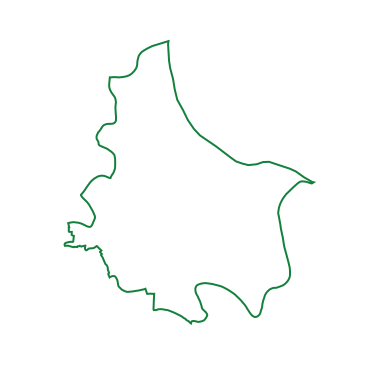 the district of Thai Thuy, Thái Bình, Vietnam, rotated 298°
{"feature_id": "81297802B86878375688696", "entity_name": "Thai Thuy", "entity_type": "district", "adm_level": 2, "iso_a3": "VNM", "parent_name": "Vietnam", "parent_adm1": "Thái Bình", "projection": "natural_earth1", "projection_center": [106.487, 20.541], "detail": "fine", "context": "isolated", "style": "outline", "palette": "green", "viewbox_px": 384, "rotation_deg": 298, "n_neighbors": 0, "source": "geoboundaries", "source_scale": "gbopen_adm2", "svg_char_len": 5767}
<svg xmlns="http://www.w3.org/2000/svg" viewBox="0 0 384 384"><g transform="rotate(298 192 192)"><path d="M75.5,252.8L76.5,252.5L77.0,252.5L77.6,252.5L78.0,252.8L78.4,253.3L78.8,253.9L79.1,254.5L79.5,255.7L80.1,258.2L80.4,258.8L80.8,259.4L81.8,260.6L82.9,261.7L83.9,262.5L84.3,262.8L84.8,263.0L85.5,263.2L87.9,263.5L89.9,263.4L90.4,263.3L90.8,263.0L91.2,262.6L91.5,262.1L92.1,261.2L92.4,260.4L93.3,257.2L93.6,256.3L93.9,255.7L94.8,254.7L95.8,254.0L97.2,252.5L98.9,250.8L100.3,249.0L100.8,248.2L102.4,246.3L103.6,244.3L104.4,243.2L104.9,242.7L106.0,241.7L107.4,240.8L108.1,240.4L108.7,240.2L109.2,240.1L110.1,240.0L110.6,240.0L111.2,240.0L111.8,240.2L112.3,240.4L113.9,241.6L115.5,243.2L116.7,244.8L117.7,246.3L118.6,248.4L119.1,249.8L119.8,251.7L120.0,252.3L120.7,254.6L120.9,255.7L121.7,258.8L122.4,262.1L122.5,263.2L122.6,265.6L122.6,268.5L122.4,272.0L122.0,275.8L121.8,277.0L121.5,278.7L121.1,279.8L120.7,281.4L120.0,283.9L119.6,285.0L119.2,286.5L118.6,287.7L117.6,290.4L116.8,292.2L116.5,292.8L115.7,294.3L114.7,295.8L113.8,297.5L112.4,300.0L111.7,301.6L111.2,302.9L111.0,303.8L111.0,304.9L111.0,305.5L111.2,306.2L111.6,306.9L111.9,307.3L112.4,307.8L113.0,308.3L113.6,308.5L115.0,309.1L115.6,309.2L116.3,309.2L117.0,309.2L117.6,309.0L120.1,308.5L121.4,308.3L122.5,308.1L123.4,307.9L126.3,306.7L129.0,306.0L130.8,305.6L131.9,305.5L134.4,305.0L135.3,304.9L136.2,304.9L138.0,305.0L139.4,305.3L140.4,305.6L142.1,306.2L142.8,306.6L144.5,307.9L145.6,309.0L146.0,309.7L147.0,311.4L149.0,313.3L151.4,315.4L152.4,316.2L153.6,316.8L154.9,317.4L156.9,318.0L158.5,318.3L159.9,318.4L162.0,318.3L162.9,318.1L164.0,317.8L165.5,317.1L168.3,315.6L170.3,314.3L171.7,313.3L175.3,310.1L181.0,304.8L186.1,300.0L187.7,298.6L195.0,293.1L196.1,292.1L201.5,287.6L205.5,284.7L212.0,279.5L213.3,278.4L214.5,277.7L218.8,276.2L221.3,275.7L223.4,275.4L227.0,275.3L229.0,275.4L231.4,275.7L234.4,276.2L239.0,277.7L244.6,279.5L249.1,281.2L251.1,282.2L252.2,283.0L252.9,284.0L253.6,285.3L254.2,286.8L254.9,289.3L255.5,292.9L255.8,293.8L257.7,294.9L257.3,293.3L257.6,283.9L258.9,274.0L258.5,267.4L254.8,245.8L251.8,240.7L246.8,236.0L242.2,229.1L240.8,223.5L239.7,216.6L240.5,210.5L243.6,191.6L245.7,172.5L248.6,164.1L253.5,154.7L260.1,145.6L266.5,135.7L274.6,128.5L282.9,122.2L291.1,114.6L297.3,110.0L311.4,101.4L314.2,100.4L302.3,88.5L299.6,86.5L297.0,84.7L294.1,83.0L292.3,82.0L290.6,81.5L288.9,81.2L286.8,81.1L285.6,81.4L283.6,81.9L281.6,82.5L278.5,83.9L277.0,84.3L275.2,84.6L272.9,84.4L271.2,84.1L268.8,83.4L266.0,82.1L263.6,80.1L262.9,79.2L261.6,77.7L260.4,76.0L258.9,73.7L257.2,69.9L256.1,68.0L255.2,66.7L254.7,65.6L250.1,67.5L247.2,68.8L245.4,70.0L243.9,71.5L242.1,74.0L239.6,79.1L238.5,80.4L237.3,81.5L235.5,82.7L230.8,84.6L225.4,87.9L221.9,90.1L219.1,91.4L217.9,91.4L216.7,91.1L215.8,90.6L214.9,89.6L213.8,87.9L212.9,86.2L211.8,84.6L210.6,83.5L209.8,82.9L208.7,82.4L207.1,82.1L204.1,81.9L202.7,81.7L201.5,81.5L201.2,81.3L200.7,81.2L200.1,81.2L198.1,81.3L197.1,81.4L196.5,81.6L195.5,82.0L194.4,82.7L193.6,83.7L192.6,85.5L191.7,86.3L190.4,87.1L189.9,87.8L189.7,88.8L189.8,90.9L190.2,94.9L190.3,97.0L189.6,102.4L189.0,104.3L188.3,105.9L187.8,106.5L185.1,108.6L179.8,111.5L177.0,112.8L174.8,113.3L172.1,113.6L169.0,113.3L167.2,113.3L166.4,113.5L166.0,113.4L165.8,113.2L165.6,112.2L165.2,107.9L164.9,106.7L164.5,105.6L164.0,104.5L163.1,103.3L161.9,102.0L161.3,101.4L157.7,99.3L155.8,98.5L153.4,97.7L149.3,97.1L147.2,96.8L143.1,96.4L140.9,96.1L137.5,95.3L137.0,95.5L136.9,95.7L136.3,96.6L136.0,97.3L135.7,98.0L135.5,98.5L133.9,103.9L132.7,106.7L129.4,112.0L128.4,113.5L126.5,115.9L125.3,117.4L124.7,117.9L123.2,118.6L116.6,119.2L115.1,119.2L114.3,119.0L113.6,118.5L113.1,118.1L112.8,117.2L112.6,116.3L112.4,115.1L112.3,110.5L112.1,108.7L111.8,107.3L111.5,106.0L110.8,104.2L110.2,102.6L109.5,101.1L108.6,99.9L107.6,98.6L106.4,97.3L103.3,100.1L103.1,99.7L99.6,101.6L99.2,101.9L99.2,102.2L100.0,104.0L100.3,104.6L97.6,105.9L97.6,106.2L97.6,107.3L97.8,108.3L92.7,110.3L92.4,110.3L92.2,110.3L92.0,110.2L91.3,108.7L90.6,107.5L89.4,106.1L88.5,105.1L87.7,104.4L87.0,104.0L86.1,104.0L85.7,104.2L85.4,104.4L85.1,104.8L84.8,105.3L85.6,106.3L86.2,107.4L86.4,107.8L86.6,108.8L86.9,110.2L87.7,113.5L87.9,113.7L88.3,113.7L88.9,115.0L89.5,116.5L90.3,116.5L90.5,116.6L90.9,117.5L91.5,117.9L91.7,118.0L91.8,118.1L91.6,118.5L92.0,120.1L92.5,120.4L92.9,121.1L94.6,122.9L94.6,123.0L93.6,123.3L92.9,123.5L92.1,123.9L91.5,124.3L91.0,124.9L90.9,125.3L90.8,125.8L90.9,126.0L91.2,126.4L92.6,127.0L93.6,127.5L94.0,128.0L94.7,129.0L95.5,130.4L96.0,131.1L96.7,131.7L97.4,132.2L98.7,132.8L99.5,133.2L99.6,133.3L98.6,136.6L97.8,139.5L97.3,139.4L95.9,138.9L95.8,139.0L95.7,139.1L94.9,141.5L94.0,141.2L93.6,141.3L92.8,142.8L92.1,144.0L90.9,145.4L88.6,148.3L87.7,149.5L87.5,150.6L86.9,151.7L86.2,152.6L85.3,153.4L83.9,154.1L81.8,156.7L81.7,156.8L80.6,156.5L80.3,156.6L80.0,156.8L77.9,159.4L79.1,160.1L79.6,160.5L80.2,161.1L80.6,161.6L81.0,162.3L81.2,162.8L81.3,163.2L81.3,163.8L81.2,164.1L80.8,165.0L80.0,166.2L79.6,166.8L79.2,167.3L78.6,167.9L77.8,168.5L75.1,170.6L74.5,171.1L74.3,171.5L74.0,172.0L73.8,172.7L72.9,175.6L72.9,176.2L72.8,177.4L72.9,179.1L72.9,179.5L73.1,180.7L73.4,181.7L73.8,182.4L74.9,184.1L76.0,185.8L78.5,189.1L79.8,190.9L81.5,192.9L82.7,194.3L83.8,195.5L84.7,196.3L82.3,198.8L81.0,200.2L81.0,200.3L82.8,203.1L83.3,204.5L84.4,206.4L79.4,208.7L70.3,213.1L70.2,213.3L69.8,213.7L69.9,213.9L70.4,214.9L71.0,215.8L71.1,216.1L71.5,216.3L71.8,216.5L72.3,217.0L73.1,218.0L73.6,218.9L73.9,219.4L74.7,221.2L75.4,223.6L76.0,225.1L76.4,226.6L76.5,227.5L76.7,229.0L77.0,231.7L77.2,235.3L77.2,236.4L77.3,237.7L77.3,241.0L77.2,241.8L76.8,244.6L76.9,245.2L76.9,245.5L76.7,246.3L76.4,247.2L76.3,247.5L76.3,249.4L76.3,249.9L76.2,250.2L75.8,251.1L75.6,252.1L75.5,252.8Z" fill="none" stroke="#15803d" stroke-width="2"/></g></svg>